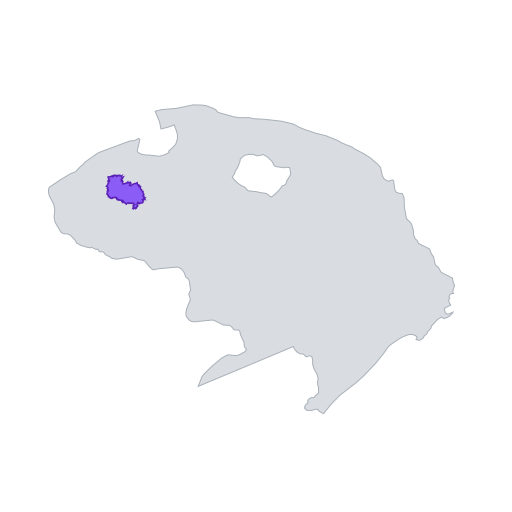 Sekhukhune, Limpopo, South Africa shown in context, rotated 249°
{"feature_id": "47623444B21298621424908", "entity_name": "Sekhukhune", "entity_type": "district", "adm_level": 2, "iso_a3": "ZAF", "parent_name": "South Africa", "parent_adm1": "Limpopo", "projection": "equal_earth", "projection_center": [29.807, -24.813], "detail": "fine", "context": "in_parent", "style": "filled", "palette": "violet", "viewbox_px": 512, "rotation_deg": 249, "n_neighbors": 0, "source": "geoboundaries", "source_scale": "gbopen_adm2", "svg_char_len": 7521}
<svg xmlns="http://www.w3.org/2000/svg" viewBox="0 0 512 512"><g transform="rotate(249 256 256)"><path d="M348.3,82.4L359.7,80.5L364.8,81.5L370.9,84.6L376.7,85.7L386.4,84.6L389.8,85.1L392.4,86.1L394.3,87.8L397.1,99.9L399.4,112.8L399.3,117.0L399.7,118.6L402.4,124.0L403.4,127.5L405.0,130.2L408.5,144.0L408.9,146.4L408.6,179.5L407.3,183.5L407.8,188.7L406.2,189.3L396.6,182.7L394.9,183.0L392.2,185.4L389.7,189.3L388.5,192.6L383.7,201.5L383.3,207.1L383.7,211.9L385.3,212.1L386.5,215.6L389.1,221.1L393.5,224.6L397.6,226.2L403.3,226.6L407.8,226.5L407.6,222.8L408.6,212.8L416.1,214.1L427.3,213.7L426.5,220.2L422.3,234.9L419.6,251.5L416.2,259.8L414.3,263.2L408.9,269.3L406.1,271.3L403.7,272.0L394.5,284.2L391.0,290.1L387.9,298.6L384.9,303.3L380.4,313.3L372.7,328.1L366.1,337.7L363.2,340.5L361.3,341.8L356.1,347.4L348.8,356.3L343.3,364.3L335.0,373.2L330.2,377.2L323.1,384.9L321.1,386.0L313.0,393.2L307.2,397.5L297.9,402.6L294.1,404.0L285.2,402.7L281.5,403.4L278.4,406.4L278.2,410.7L276.9,411.4L268.7,409.4L265.3,409.7L263.3,412.0L261.8,415.0L257.1,415.1L248.7,412.1L238.8,410.2L236.5,410.0L231.8,412.3L230.1,412.6L223.2,412.1L219.3,410.7L215.6,410.7L212.8,411.9L209.4,412.3L200.4,420.5L195.6,420.5L191.5,421.4L184.2,420.3L182.1,420.8L179.9,422.3L175.0,422.9L173.1,424.1L165.0,431.5L161.5,430.8L157.2,430.7L152.1,426.7L150.2,427.0L150.7,425.8L150.8,423.7L148.9,421.5L147.0,421.7L145.9,419.9L142.9,419.7L140.5,420.2L139.7,413.4L138.6,412.7L135.6,412.5L134.1,412.8L133.5,413.4L132.8,415.0L133.0,419.8L131.9,418.4L130.6,415.5L130.1,412.4L130.3,408.8L132.5,407.4L131.7,402.8L127.8,394.8L125.6,393.1L123.8,389.0L122.0,387.5L121.2,384.7L119.4,382.4L118.7,378.7L119.5,376.7L120.9,375.5L122.5,377.3L124.2,376.6L126.7,374.0L128.0,370.0L127.9,363.6L127.3,359.6L124.8,349.2L123.7,346.8L118.8,339.4L113.0,329.4L105.5,313.6L101.8,304.1L96.1,284.9L91.2,274.0L85.4,263.8L84.7,263.1L85.4,261.8L88.2,259.5L89.5,258.8L90.2,259.1L90.9,258.5L91.5,256.9L91.8,253.3L93.0,249.5L94.2,247.8L96.7,246.8L98.7,248.2L99.6,249.6L100.0,251.4L100.9,252.3L102.2,252.3L103.3,253.4L103.9,255.7L103.9,257.4L103.1,258.5L103.3,259.9L104.4,261.6L105.6,265.3L110.9,267.3L113.9,267.5L116.7,268.5L119.4,270.1L123.7,270.6L129.7,269.7L134.7,270.1L138.7,271.7L141.5,272.0L143.2,271.0L143.9,269.5L143.6,267.5L144.4,266.3L146.4,265.8L147.9,264.3L149.0,261.9L151.7,259.9L155.9,258.4L158.1,258.5L155.0,155.3L162.9,162.5L164.8,165.8L168.9,175.5L173.0,187.5L173.8,193.3L173.7,194.5L169.9,202.3L169.9,206.2L170.5,210.7L171.5,213.0L172.6,213.7L175.3,212.6L179.6,213.8L187.6,213.3L191.6,213.9L192.6,213.5L193.5,212.5L194.5,209.8L195.4,208.9L199.1,207.7L200.8,206.2L203.3,200.8L211.1,193.6L212.0,191.9L216.7,174.6L218.2,172.1L220.4,170.5L224.7,169.2L227.4,169.9L230.2,171.4L233.4,173.9L238.1,178.6L239.8,179.3L244.5,179.5L247.4,182.6L256.2,184.7L258.8,184.6L261.5,182.9L266.0,183.0L270.8,181.8L273.8,178.8L279.2,159.8L279.8,155.6L280.4,154.5L285.0,152.3L290.6,150.7L291.8,149.8L295.2,144.5L299.8,140.1L302.9,124.9L305.0,121.3L306.3,119.8L307.1,119.8L308.3,118.8L309.8,116.9L311.6,115.8L313.7,115.3L315.1,114.1L315.7,112.0L316.8,111.0L318.3,111.1L319.2,110.5L319.4,109.1L322.9,105.8L322.9,104.5L324.9,101.2L328.8,96.1L332.4,93.2L335.8,92.7L342.1,90.0L344.4,87.6L345.8,84.2L348.3,82.4ZM338.5,304.9L344.0,302.4L348.1,299.1L349.0,293.1L352.1,289.4L353.3,286.0L354.1,281.2L352.3,276.2L349.7,274.7L345.0,270.4L343.0,267.5L340.2,265.0L338.2,262.1L335.0,263.0L330.0,265.4L326.9,267.6L324.3,270.2L319.7,272.0L315.4,280.3L314.0,282.1L310.7,288.1L305.8,291.0L305.7,292.1L307.3,297.0L309.6,301.8L312.1,305.7L312.0,308.2L312.8,310.1L314.9,311.4L318.6,316.3L320.4,317.9L325.9,319.1L326.7,318.8L328.1,315.8L328.3,313.8L331.9,307.4L333.5,305.4L338.5,304.9Z" fill="#d9dde1" stroke="#a8b0b8" stroke-width="1"/><path d="M354.2,150.6L353.6,150.8L354.0,152.0L353.5,152.1L352.1,152.9L350.9,153.5L351.4,154.4L351.4,155.4L351.5,155.7L351.4,156.0L351.3,156.3L350.6,156.3L350.3,157.5L350.0,158.7L349.4,159.0L349.5,159.2L349.6,159.9L349.4,160.2L349.1,160.3L347.5,161.1L347.2,160.0L346.9,159.2L345.6,159.2L345.5,158.9L344.9,159.2L344.4,158.1L343.9,158.5L344.1,158.9L344.4,159.5L344.5,159.8L343.4,160.4L343.8,161.5L343.7,161.5L343.8,161.8L344.3,161.6L344.6,162.1L344.8,162.6L344.8,162.8L345.1,163.6L346.1,163.2L347.2,163.5L347.5,164.2L347.5,164.4L347.6,164.6L347.8,164.5L348.4,164.8L347.6,165.5L347.6,165.8L346.6,165.6L346.7,167.4L346.4,168.7L346.6,169.0L346.5,169.5L346.8,169.6L347.3,169.8L347.3,169.7L347.5,169.8L347.8,170.7L348.2,170.5L349.3,170.2L349.3,170.5L349.2,171.7L348.7,172.5L349.9,172.1L350.1,173.4L350.7,173.0L350.9,173.0L351.1,172.5L351.3,172.3L352.5,172.4L352.9,172.2L353.1,173.1L354.1,173.4L355.3,173.1L356.7,173.6L356.8,173.1L358.1,172.8L358.7,173.0L359.9,172.2L361.1,172.5L361.7,172.8L362.0,173.0L362.5,171.9L363.0,171.9L363.2,172.0L363.2,171.9L363.3,172.0L363.4,172.3L363.4,172.5L363.5,172.6L364.5,171.9L364.5,171.2L365.5,171.0L367.0,171.3L366.8,169.5L367.0,168.7L367.1,168.2L366.9,165.7L366.4,164.2L367.5,164.0L367.5,163.5L368.0,164.0L368.7,164.7L368.7,165.2L369.4,165.1L369.9,165.1L369.9,164.2L370.0,164.2L370.0,162.6L370.2,162.4L371.0,162.7L370.6,161.6L370.6,161.4L370.5,160.8L370.6,159.4L370.9,157.6L371.0,157.6L373.1,157.9L373.3,158.3L373.4,158.2L373.5,158.1L374.3,158.3L374.3,157.4L375.2,158.0L375.3,157.9L375.2,157.8L375.2,157.7L375.1,157.4L375.8,157.5L376.1,157.8L376.4,159.2L377.3,160.3L377.3,159.6L377.3,159.2L378.7,158.7L379.1,159.3L379.1,158.5L379.7,158.0L379.9,157.2L380.2,157.5L380.7,156.3L380.9,155.3L380.2,154.8L380.3,154.1L381.2,154.2L381.3,154.1L382.1,153.3L381.8,152.2L381.2,151.0L381.7,149.9L382.3,150.6L382.3,148.9L382.3,147.4L382.9,146.4L382.3,146.2L381.7,146.1L380.4,146.1L379.9,145.6L379.9,145.8L379.6,145.8L379.3,145.8L379.2,145.7L378.9,145.9L378.9,146.0L378.8,145.9L378.7,145.7L378.6,145.4L378.5,145.7L378.5,145.8L378.4,145.8L378.1,145.8L377.8,144.8L377.3,144.6L376.8,143.9L376.1,143.3L375.5,142.8L374.6,141.3L373.7,142.1L373.0,142.3L372.8,142.3L372.7,142.3L372.5,142.2L372.4,142.0L372.2,141.8L372.0,141.6L371.9,141.6L372.0,141.4L371.9,141.4L371.7,141.4L371.3,141.5L371.1,141.5L370.8,141.8L370.7,141.8L370.4,141.8L370.2,141.7L369.9,141.6L370.0,141.3L370.0,141.2L369.9,140.8L370.0,140.6L369.9,140.4L369.6,140.3L369.4,140.3L369.1,140.2L368.9,140.1L368.7,140.1L368.4,140.1L368.0,139.7L367.9,139.5L367.9,139.4L367.7,139.2L367.3,139.1L367.1,139.1L366.9,139.2L366.8,139.3L366.7,139.3L366.7,139.2L366.4,139.3L366.4,139.7L366.2,139.7L365.9,139.5L365.7,139.5L365.4,139.7L364.8,139.7L364.7,139.6L364.4,139.7L364.2,139.6L364.2,139.9L364.2,140.3L363.9,140.4L363.6,140.5L363.3,140.5L363.1,140.5L363.0,140.4L362.9,140.4L362.7,140.5L362.7,140.8L362.4,140.9L362.2,141.0L361.9,141.1L361.8,141.3L361.7,141.4L361.8,141.5L361.7,141.7L361.6,141.8L361.7,142.1L361.7,142.5L361.4,142.7L361.6,143.0L361.8,143.2L361.9,143.3L361.8,143.6L361.6,143.7L361.4,144.1L361.3,144.4L361.3,144.5L361.3,145.0L361.3,145.3L361.2,145.4L361.0,145.5L361.1,145.8L361.1,146.0L360.9,146.1L360.9,146.3L360.7,146.4L360.5,146.5L360.4,146.6L360.2,146.6L360.0,146.4L359.9,146.4L359.7,146.5L359.5,146.8L359.4,147.0L359.3,146.8L359.2,146.8L358.9,146.8L358.8,146.5L358.8,146.4L358.7,146.4L358.5,146.5L358.3,146.6L358.1,146.8L358.1,147.0L357.9,147.3L357.6,147.6L357.7,147.9L357.7,148.0L357.4,148.2L357.2,148.3L357.3,148.5L357.4,148.9L357.3,149.0L357.2,149.0L356.9,149.2L356.9,149.3L356.8,149.5L356.7,149.6L356.5,149.8L356.4,149.8L356.2,150.1L356.1,150.3L355.9,150.5L355.8,150.8L355.7,150.9L355.6,151.0L355.7,151.3L355.6,151.5L355.2,151.2L354.9,150.3L354.2,150.6Z" fill="#8b5cf6" stroke="#5b21b6" stroke-width="1.5"/></g></svg>